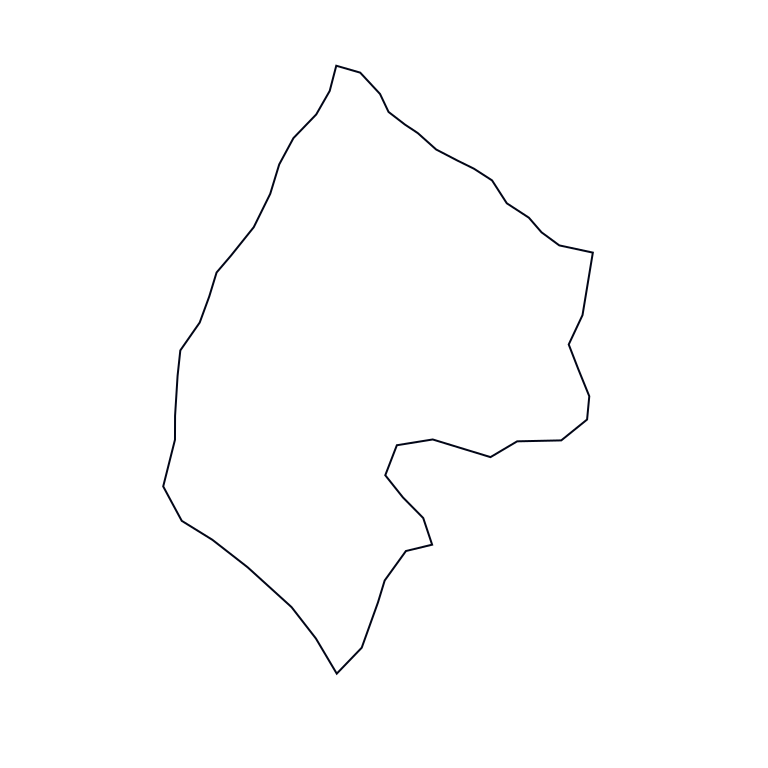 outline of Arnadi, Cyprus, rotated 287°
{"feature_id": "46923920B52091218012578", "entity_name": "Arnadi", "entity_type": "district", "adm_level": 2, "iso_a3": "CYP", "parent_name": "Cyprus", "parent_adm1": "", "projection": "natural_earth1", "projection_center": [33.853, 35.234], "detail": "fine", "context": "isolated", "style": "outline", "palette": "ink", "viewbox_px": 768, "rotation_deg": 287, "n_neighbors": 0, "source": "geoboundaries", "source_scale": "gbopen_adm2", "svg_char_len": 849}
<svg xmlns="http://www.w3.org/2000/svg" viewBox="0 0 768 768"><g transform="rotate(287 384 384)"><path d="M674.4,245.3L648.4,246.4L622.0,240.4L592.7,225.5L563.4,219.6L532.6,219.6L495.9,213.6L462.2,200.2L441.7,191.3L416.7,191.3L388.9,189.8L356.6,179.4L331.5,184.2L292.5,193.5L269.6,200.4L221.5,202.8L208.9,215.5L194.0,230.6L184.8,265.5L168.8,307.3L143.6,360.8L120.7,393.3L93.2,423.5L125.3,439.8L173.4,442.1L196.3,442.1L230.7,453.8L244.4,477.0L267.3,460.7L281.1,435.2L297.1,411.9L329.2,414.2L345.2,446.8L345.2,481.6L345.2,507.2L368.1,528.1L381.9,570.0L409.4,588.6L432.3,583.9L455.2,565.3L475.8,549.1L507.9,553.7L570.7,545.3L567.8,511.1L575.1,490.3L585.4,473.9L592.7,448.6L610.3,427.8L616.2,407.0L619.1,389.1L623.5,365.3L633.8,343.0L638.2,328.2L645.5,308.8L660.2,295.4L674.8,270.2L674.4,245.3Z" fill="none" stroke="#020617" stroke-width="2"/></g></svg>